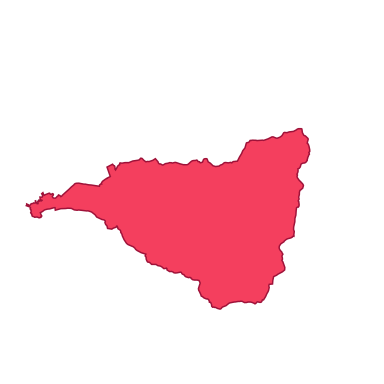 Slatina, Suceava, Romania (Mercator projection), rotated 218°
{"feature_id": "2599482B74228482681233", "entity_name": "Slatina", "entity_type": "district", "adm_level": 2, "iso_a3": "ROU", "parent_name": "Romania", "parent_adm1": "Suceava", "projection": "mercator", "projection_center": [25.97, 47.412], "detail": "fine", "context": "isolated", "style": "filled", "palette": "rose", "viewbox_px": 384, "rotation_deg": 218, "n_neighbors": 0, "source": "geoboundaries", "source_scale": "gbopen_adm2", "svg_char_len": 5998}
<svg xmlns="http://www.w3.org/2000/svg" viewBox="0 0 384 384"><g transform="rotate(218 192 192)"><path d="M314.5,80.5L314.2,79.2L310.6,80.4L309.6,80.2L309.4,80.0L309.3,79.3L309.2,79.1L308.3,78.7L307.9,78.8L306.7,77.5L306.5,77.1L306.5,76.5L306.2,76.2L304.9,76.1L304.5,75.5L303.9,75.4L303.4,74.7L302.3,74.7L301.3,75.2L300.5,75.2L298.7,76.9L296.6,77.5L295.5,78.9L295.9,79.1L295.6,80.6L296.9,81.1L298.8,82.3L297.8,84.6L297.2,87.1L295.4,89.5L293.7,91.1L291.0,94.8L290.3,95.3L288.5,93.5L285.1,98.1L281.4,101.2L279.9,102.8L277.6,104.4L276.7,104.9L273.8,105.4L271.3,106.9L270.2,108.1L263.1,112.4L262.5,113.1L258.9,114.4L254.4,114.4L251.7,113.6L246.0,114.9L244.3,115.8L242.9,115.9L242.2,115.5L242.0,115.2L242.0,114.6L241.6,114.2L239.9,113.2L238.6,113.1L237.8,112.7L236.1,111.3L232.3,113.4L231.8,115.0L230.1,117.6L230.4,118.7L230.0,119.0L228.8,118.4L227.8,117.5L225.3,117.7L224.7,117.6L223.8,117.0L223.4,116.4L221.0,115.5L220.0,114.6L216.1,112.6L211.9,111.2L210.0,111.2L204.5,112.7L202.5,112.6L201.1,112.1L199.2,112.1L194.7,112.9L190.1,114.6L189.6,112.8L187.9,112.3L186.9,111.0L185.3,110.0L183.9,109.5L182.1,110.4L179.3,110.1L175.7,112.8L173.7,112.9L171.2,114.2L169.7,114.4L167.0,114.3L166.4,114.8L165.2,116.3L164.7,116.2L163.7,115.2L160.7,115.5L159.0,116.9L157.5,117.3L156.6,117.2L155.4,117.8L154.1,119.0L151.5,122.0L150.9,122.0L149.4,121.4L148.1,121.6L147.6,121.9L145.9,121.4L144.7,121.4L142.2,122.3L141.7,122.6L141.5,123.1L141.1,123.4L140.5,123.6L140.1,123.7L139.4,123.3L137.5,123.3L135.9,124.1L133.7,125.8L131.9,126.6L129.5,125.3L127.5,119.9L126.5,118.9L125.9,118.5L125.2,118.3L121.7,116.5L120.9,115.8L120.5,115.7L119.5,116.0L117.4,115.9L114.8,116.6L113.9,117.4L112.8,117.3L111.9,117.2L111.6,116.7L110.7,116.5L110.4,115.9L109.3,116.4L107.5,115.5L106.1,114.1L104.8,113.9L103.9,114.8L103.0,115.0L102.6,115.4L101.9,115.7L100.4,115.9L98.0,116.9L97.5,117.4L97.3,118.0L97.3,119.5L97.1,120.2L95.2,123.4L94.4,127.0L94.0,127.8L91.1,131.2L90.3,131.9L88.2,134.2L86.9,135.2L86.4,135.9L85.2,136.7L82.5,137.2L80.9,138.6L80.2,139.7L78.3,141.2L76.9,141.9L74.4,142.6L73.9,142.5L73.2,143.1L73.0,145.4L72.7,145.8L70.6,146.8L69.9,147.4L69.6,148.1L69.6,148.6L70.1,150.3L69.2,151.0L69.3,151.9L69.6,154.8L70.4,157.9L70.7,160.2L71.1,161.6L72.4,164.3L73.7,165.3L74.3,166.8L71.9,169.1L73.9,172.1L75.6,175.6L74.1,178.5L73.7,180.1L71.6,184.8L71.0,187.6L72.4,189.7L77.4,192.9L79.1,193.5L79.3,194.7L80.3,195.8L81.4,196.6L81.9,197.5L82.1,199.0L83.2,199.3L84.4,200.0L86.4,200.3L88.0,200.9L89.0,201.7L89.9,203.2L90.1,205.8L88.9,209.5L89.1,210.1L88.6,212.4L87.9,214.0L85.9,216.6L85.2,218.0L85.4,218.7L85.0,219.5L84.4,219.7L84.5,220.1L85.5,221.1L87.1,223.8L88.9,225.0L90.4,227.1L92.6,231.8L94.6,234.5L95.9,237.7L98.5,241.5L99.9,243.9L99.8,244.5L99.6,245.0L98.9,245.6L99.1,246.9L99.9,248.1L102.0,250.2L102.7,250.3L103.0,250.9L103.3,252.4L104.2,253.1L104.8,253.7L105.8,256.0L107.2,257.9L107.9,259.6L107.8,260.1L107.6,260.5L107.5,261.3L107.1,263.1L108.1,265.6L108.5,266.0L110.3,266.7L111.8,266.7L112.7,267.1L114.3,267.1L117.8,268.1L118.1,268.5L118.8,268.9L119.1,269.4L119.3,270.3L120.1,270.5L120.3,270.8L120.6,272.3L121.3,273.8L122.7,275.4L122.8,275.6L122.1,276.6L122.1,278.4L123.0,280.5L123.2,280.9L123.1,281.5L122.7,282.5L122.0,283.4L121.4,283.9L120.7,285.0L120.5,286.5L120.7,287.2L120.6,287.7L121.2,288.5L121.6,289.7L122.1,290.4L122.1,291.0L122.8,293.2L122.8,294.1L124.3,295.2L124.1,296.1L124.2,296.5L125.3,297.8L127.9,300.0L129.9,301.3L131.1,301.3L131.9,302.6L132.8,304.9L133.5,305.6L137.1,306.0L138.7,305.5L141.5,306.7L144.2,309.3L144.8,309.2L147.1,307.4L147.8,306.3L147.9,305.5L149.3,302.3L152.5,299.1L153.7,297.2L155.8,295.9L156.2,295.1L155.8,291.9L156.1,290.5L156.6,289.1L158.0,286.8L158.8,286.3L162.0,285.4L162.9,284.7L164.8,280.7L167.3,276.8L168.3,276.3L172.5,272.5L173.3,272.2L176.6,269.8L177.0,269.1L177.8,268.6L178.0,268.3L177.8,267.2L177.9,266.4L178.1,265.8L179.2,264.5L179.3,264.0L177.4,259.4L177.4,255.7L176.6,252.9L176.1,248.8L175.2,244.3L178.2,241.4L178.4,240.8L178.5,239.7L179.0,239.2L179.6,239.3L180.1,238.8L181.3,237.3L183.6,236.0L184.6,235.0L185.1,232.4L186.2,230.7L186.6,229.1L189.1,226.6L191.6,225.6L195.4,226.0L197.8,225.7L200.4,227.3L201.1,227.2L202.1,226.4L202.8,225.5L202.9,224.6L202.2,222.4L202.2,221.8L203.3,220.3L203.6,220.1L204.8,220.4L206.0,219.7L207.2,220.2L207.9,220.1L208.6,219.1L210.4,217.5L211.1,216.5L211.5,215.2L212.1,211.6L212.6,210.5L215.6,208.2L218.6,206.9L223.0,205.3L223.7,204.8L225.3,202.7L226.4,202.3L227.9,201.2L228.3,200.3L230.5,197.9L231.2,195.9L232.0,195.0L234.0,194.8L234.5,194.3L235.5,194.0L236.4,194.2L237.4,194.9L241.4,195.7L242.4,192.8L243.2,191.6L244.6,189.5L245.9,188.7L246.9,187.4L249.3,187.3L252.0,187.7L252.9,187.3L253.3,186.9L253.3,185.0L254.2,183.7L257.8,179.9L259.9,176.2L262.9,173.9L264.9,171.6L266.5,170.7L266.7,170.2L265.8,168.9L266.2,168.4L266.4,167.7L266.5,166.5L266.1,164.7L265.8,162.3L266.6,162.5L268.2,164.3L268.8,164.7L269.3,164.9L270.0,164.6L271.7,165.0L274.3,159.3L265.9,153.9L267.5,150.5L267.3,150.4L268.0,149.2L269.0,145.7L269.1,145.0L268.8,143.0L268.3,142.7L268.8,142.4L268.7,141.7L269.1,141.2L269.1,140.4L268.5,139.5L275.8,135.4L277.9,134.0L281.1,132.4L281.9,131.7L286.6,129.3L288.6,127.6L289.3,126.6L289.5,125.8L289.5,124.8L290.2,121.6L290.6,118.4L291.4,114.0L292.2,109.3L292.1,108.6L292.5,107.6L293.8,107.9L295.4,107.5L295.4,107.3L295.1,106.8L295.5,105.7L295.6,104.2L295.8,103.1L297.1,102.1L298.0,101.9L299.1,102.3L299.4,102.6L299.4,104.0L299.6,104.6L300.3,105.0L301.1,104.7L301.1,104.2L301.6,103.3L302.4,103.0L303.2,103.4L303.8,103.2L306.0,99.5L306.4,98.5L307.1,98.5L309.1,99.7L309.4,98.1L308.1,97.6L307.2,96.8L307.0,96.3L307.1,95.5L308.7,94.4L307.0,92.7L306.1,92.7L305.3,93.2L305.0,93.1L305.2,92.3L306.0,92.2L305.9,91.9L306.7,90.8L307.3,91.6L307.7,91.4L307.8,90.8L307.6,90.2L307.7,89.6L306.3,88.3L306.2,88.0L306.9,87.4L309.2,88.3L309.8,88.8L310.0,88.5L308.8,87.5L308.6,87.1L309.1,86.4L310.0,86.0L310.3,85.0L311.0,84.4L311.6,83.2L311.4,82.6L311.5,81.9L312.4,81.1L313.1,81.2L314.8,80.8L314.5,80.5Z" fill="#f43f5e" stroke="#9f1239" stroke-width="1.5"/></g></svg>